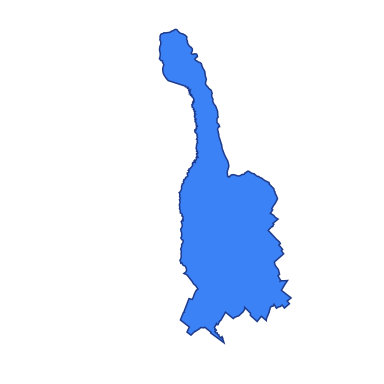 outline of Paunesti, Vrancea, Romania, rotated 56°
{"feature_id": "2599482B39426936483061", "entity_name": "Paunesti", "entity_type": "district", "adm_level": 2, "iso_a3": "ROU", "parent_name": "Romania", "parent_adm1": "Vrancea", "projection": "robinson", "projection_center": [27.063, 46.027], "detail": "fine", "context": "isolated", "style": "filled", "palette": "blue", "viewbox_px": 384, "rotation_deg": 56, "n_neighbors": 0, "source": "geoboundaries", "source_scale": "gbopen_adm2", "svg_char_len": 6099}
<svg xmlns="http://www.w3.org/2000/svg" viewBox="0 0 384 384"><g transform="rotate(56 192 192)"><path d="M339.1,173.7L335.6,174.1L335.2,169.1L323.5,172.9L320.5,166.6L318.8,162.3L317.4,164.8L315.7,167.3L315.2,168.8L314.5,167.9L309.5,167.6L309.3,165.5L304.7,163.8L299.4,164.1L296.1,162.9L294.5,150.6L290.6,150.7L290.3,149.0L284.4,149.6L284.2,147.6L282.2,147.5L280.1,147.9L279.1,148.3L266.4,150.3L265.3,145.0L265.7,144.8L265.6,143.9L265.1,143.9L264.5,142.2L263.4,142.4L263.2,141.8L262.6,135.8L259.8,137.1L257.5,137.3L255.5,137.9L255.1,138.3L254.0,138.5L253.6,139.0L251.9,135.1L250.5,135.3L248.9,132.1L247.9,129.3L245.5,124.9L242.2,124.1L239.4,123.8L238.5,123.2L236.4,123.0L235.0,122.3L228.3,123.6L228.0,123.0L227.1,122.9L223.1,125.3L219.4,126.5L218.1,127.5L216.3,128.1L215.9,128.8L214.6,129.6L211.5,130.3L210.7,131.3L209.6,132.1L206.5,133.4L205.9,134.0L206.0,136.2L205.7,137.1L206.3,138.2L206.3,139.4L205.5,140.5L205.4,142.7L205.0,144.2L203.7,145.6L202.3,146.5L200.7,148.0L199.8,149.9L200.2,151.7L199.9,152.4L200.4,152.8L200.3,153.0L198.9,153.7L194.9,151.5L191.9,147.7L190.1,146.4L186.5,145.1L179.5,144.3L174.1,143.0L172.8,142.7L169.5,141.1L162.5,139.0L161.0,138.7L159.1,137.5L157.5,137.0L156.4,136.4L155.1,136.2L153.7,135.2L152.8,133.3L153.3,132.7L152.9,132.4L150.8,132.0L148.6,132.5L145.7,130.7L144.8,129.7L144.6,128.5L142.9,127.8L139.4,125.7L134.2,124.4L131.1,124.6L128.3,124.1L127.1,122.9L125.8,122.5L124.6,122.5L122.3,121.3L121.7,120.2L118.8,119.3L117.8,119.3L115.5,120.2L114.3,120.1L110.9,120.6L109.3,120.0L106.5,117.0L102.4,115.8L101.1,114.8L100.0,114.6L99.3,114.0L94.4,113.6L90.7,112.5L89.1,113.0L87.6,114.2L86.4,114.5L85.0,115.3L83.9,115.4L83.4,115.3L83.1,114.9L83.0,113.5L82.7,113.2L82.9,111.8L81.5,111.2L80.1,111.1L78.6,113.0L78.8,113.7L77.8,114.8L76.3,115.0L75.6,113.4L75.0,112.7L73.6,111.7L71.4,111.8L71.1,112.2L69.7,112.5L67.5,112.6L65.4,112.2L64.5,111.5L62.2,111.0L60.5,109.5L58.0,110.0L57.6,110.4L56.3,110.8L54.5,112.4L53.3,113.1L50.8,113.7L49.1,113.7L48.2,114.4L47.7,115.5L47.7,117.3L47.2,119.0L47.2,119.8L47.4,120.6L45.3,125.0L44.3,126.2L44.4,127.3L43.9,128.8L43.9,129.9L45.1,131.5L46.9,132.6L47.8,133.5L50.0,133.9L52.1,135.3L53.3,137.1L55.8,139.4L59.8,141.0L60.2,141.5L61.6,142.4L63.3,144.5L65.9,144.2L66.6,143.2L67.0,143.2L68.3,144.0L69.4,143.9L70.7,144.2L73.1,147.1L75.2,148.4L77.7,149.5L80.1,149.8L83.4,149.8L86.4,149.4L100.5,138.3L101.1,138.6L101.5,137.9L102.5,137.6L103.0,137.0L103.6,137.8L104.3,137.4L104.3,137.0L106.2,137.2L106.1,138.0L106.4,138.1L107.0,137.7L106.8,136.7L107.7,137.6L107.8,138.4L108.9,138.2L109.2,139.1L109.6,138.6L110.6,138.7L110.9,138.0L111.2,138.2L111.3,139.0L112.2,138.3L112.9,138.8L113.3,138.5L114.6,138.4L116.1,138.5L117.3,139.8L117.9,139.5L118.4,139.8L118.4,140.6L118.0,140.5L117.8,141.1L118.4,141.6L118.9,141.2L119.6,142.2L119.5,143.1L119.6,143.4L121.2,143.9L121.5,144.4L122.2,144.1L124.3,143.9L124.8,144.2L124.6,144.6L125.4,144.6L126.0,145.0L126.9,144.3L126.9,145.1L128.4,145.7L129.1,145.5L128.8,146.2L130.1,146.5L130.1,147.2L131.0,147.9L132.7,148.0L132.8,148.3L133.4,148.6L133.3,147.9L133.6,147.8L134.4,148.5L134.0,149.2L134.9,149.4L135.4,150.1L137.1,149.8L137.2,150.1L137.9,150.3L138.1,150.7L138.6,150.7L139.0,151.1L139.9,150.6L140.4,150.6L140.5,151.0L140.0,151.5L141.3,152.6L141.7,152.5L142.0,153.7L142.7,154.0L142.2,154.6L142.5,154.7L142.7,155.5L143.3,155.7L144.0,155.6L144.4,156.0L146.4,155.5L147.5,155.6L147.9,156.3L150.0,157.1L150.8,158.8L152.1,158.5L153.5,159.8L154.4,159.9L154.4,160.6L155.2,161.6L156.2,162.3L157.0,163.3L157.9,163.7L158.3,164.3L159.8,164.5L160.3,164.8L160.8,165.5L161.2,165.4L161.4,164.8L162.0,164.9L163.1,165.7L162.7,166.6L163.0,167.1L164.4,167.1L165.2,168.3L166.2,167.6L166.7,167.7L165.9,168.7L166.0,169.5L167.0,169.7L167.8,170.9L167.7,171.2L168.0,171.8L167.1,171.9L167.3,172.7L168.7,172.6L169.3,172.8L168.7,173.3L167.9,173.4L168.2,174.2L168.1,175.1L169.0,175.4L169.0,176.1L170.2,176.5L170.7,177.4L171.6,181.0L171.3,181.5L172.2,182.0L172.2,182.3L171.9,182.6L172.0,183.0L172.3,182.8L173.6,183.3L173.9,183.7L173.9,184.3L173.6,185.3L174.6,186.0L175.6,186.1L176.6,187.0L176.4,189.0L176.7,189.6L177.4,189.9L177.4,191.2L177.2,191.4L177.4,192.2L178.2,192.4L178.3,193.2L179.8,193.8L180.1,195.1L179.9,195.7L180.9,196.5L181.2,197.1L181.9,197.9L183.2,198.5L184.4,200.0L185.4,202.0L185.2,202.7L185.3,203.0L185.8,202.9L187.6,203.7L188.8,204.8L189.4,205.1L190.6,205.0L191.1,205.7L191.2,206.6L193.8,207.5L194.3,207.9L195.1,209.3L196.6,210.2L197.6,210.4L198.6,211.6L200.9,212.0L201.2,212.4L202.8,213.4L204.0,212.7L205.2,212.7L206.1,213.8L207.3,213.2L208.5,213.8L209.2,214.9L210.5,215.0L211.0,215.6L210.8,215.9L210.0,216.0L210.5,217.5L213.1,218.2L214.9,219.2L216.0,220.8L216.4,222.1L218.2,223.0L219.7,223.2L221.4,224.3L223.2,225.6L223.7,226.9L225.9,227.1L226.9,226.4L227.8,226.8L229.1,228.2L229.6,229.9L230.7,230.5L232.2,231.9L232.4,232.5L233.1,233.4L235.1,233.9L237.2,235.7L239.0,236.6L240.9,238.4L242.0,240.3L243.2,240.4L244.8,241.1L245.1,240.0L247.1,240.4L248.0,240.2L249.2,239.3L250.1,239.1L251.7,239.3L253.7,240.2L254.8,241.3L255.0,244.3L257.6,242.6L259.1,242.4L266.4,241.9L269.1,242.1L271.6,241.3L275.8,241.3L275.9,243.6L277.7,246.7L280.1,250.0L281.2,251.9L278.7,254.1L286.4,265.1L286.7,265.5L287.3,265.5L287.1,266.5L291.6,273.2L302.4,269.7L305.3,274.5L310.1,272.9L309.1,267.7L309.4,267.6L309.6,262.2L309.2,260.6L311.2,258.2L311.1,257.1L318.9,254.6L319.3,255.3L334.9,249.8L331.9,248.9L331.1,249.0L330.7,248.3L330.0,248.2L330.5,248.6L330.2,249.0L329.4,249.3L328.8,249.0L328.9,249.5L328.7,249.7L327.7,250.1L326.7,250.2L325.6,249.6L324.1,250.4L322.9,249.9L322.2,250.8L321.1,251.1L320.5,250.9L320.6,250.3L320.2,249.1L318.8,249.2L318.7,249.8L318.0,249.3L316.7,249.2L316.3,247.9L315.5,246.8L315.2,245.7L314.9,245.4L316.0,245.5L316.5,244.6L314.3,241.1L314.7,240.3L310.4,231.4L320.0,228.6L319.8,226.3L320.8,222.5L319.9,216.6L318.6,213.8L317.1,212.8L325.2,211.3L326.9,212.6L335.8,210.4L333.8,204.0L340.1,202.3L338.6,201.1L334.7,195.1L333.5,194.0L332.7,192.8L331.7,192.0L331.2,189.9L332.0,188.8L330.9,186.8L335.6,187.0L335.7,184.1L336.3,183.3L336.2,180.5L339.9,180.3L339.1,173.7Z" fill="#3b82f6" stroke="#1e3a8a" stroke-width="1.5"/></g></svg>